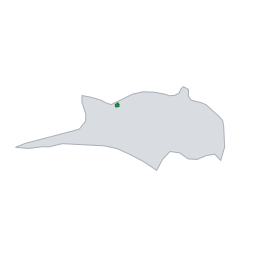 Livadia Larnakas, Larnaca, Cyprus (highlighted), rotated 201°
{"feature_id": "46923920B34186369498316", "entity_name": "Livadia Larnakas", "entity_type": "district", "adm_level": 2, "iso_a3": "CYP", "parent_name": "Cyprus", "parent_adm1": "Larnaca", "projection": "orthographic", "projection_center": [33.633, 34.954], "detail": "fine", "context": "in_parent", "style": "filled", "palette": "green", "viewbox_px": 256, "rotation_deg": 201, "n_neighbors": 0, "source": "geoboundaries", "source_scale": "gbopen_adm2", "svg_char_len": 1463}
<svg xmlns="http://www.w3.org/2000/svg" viewBox="0 0 256 256"><g transform="rotate(201 128 128)"><path d="M180.3,135.7L182.6,141.8L172.7,143.6L162.7,144.3L157.2,143.5L152.0,143.9L135.8,161.3L127.0,167.2L116.6,170.7L106.0,172.8L100.7,173.0L96.0,175.2L92.7,179.2L92.6,183.2L91.2,186.4L85.4,185.7L83.0,179.3L78.9,176.6L68.6,177.9L63.6,177.7L47.2,171.4L42.3,168.9L39.2,163.7L31.0,144.9L29.8,131.0L37.6,134.6L45.0,130.4L52.1,123.5L60.6,120.7L65.8,122.0L71.0,123.3L80.4,121.1L84.6,110.7L86.0,98.7L101.8,102.3L117.8,104.1L131.0,104.8L143.9,102.8L183.6,89.9L194.8,82.2L201.7,79.6L213.7,73.2L226.2,69.6L218.2,77.0L173.1,109.4L170.1,119.0L172.2,125.6L178.6,133.6L180.3,135.7Z" fill="#d9dde1" stroke="#a8b0b8" stroke-width="1"/><path d="M146.9,143.5L146.7,143.7L146.5,143.8L146.4,144.0L146.2,144.0L145.9,144.0L145.7,144.2L145.7,144.3L145.4,144.4L145.1,144.6L144.8,144.6L144.7,144.7L144.6,144.8L144.5,145.0L144.9,145.1L144.9,145.3L144.9,145.5L145.0,145.6L145.0,145.8L144.9,145.8L144.8,146.0L144.9,146.3L145.0,146.5L144.9,146.6L145.0,146.7L145.3,146.7L145.6,146.5L145.8,146.5L145.9,146.8L146.0,146.9L146.0,147.0L146.2,147.3L146.2,147.6L146.3,147.6L146.6,147.4L146.6,147.1L146.5,146.9L146.5,146.6L146.8,146.7L147.0,146.7L147.3,146.3L147.5,146.0L147.7,145.8L147.7,145.7L148.0,145.4L147.8,145.0L147.7,145.0L147.6,144.9L147.6,144.7L147.5,144.4L147.4,144.3L147.3,144.2L147.2,144.0L147.2,143.8L147.1,143.6L146.9,143.5Z" fill="#22c55e" stroke="#15803d" stroke-width="1.5"/></g></svg>